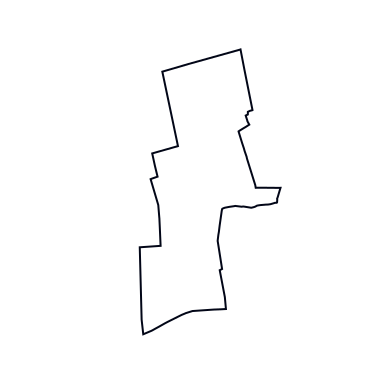 Fantanele, Teleorman, Romania, rotated 322°
{"feature_id": "2599482B79674535262636", "entity_name": "Fantanele", "entity_type": "district", "adm_level": 2, "iso_a3": "ROU", "parent_name": "Romania", "parent_adm1": "Teleorman", "projection": "natural_earth1", "projection_center": [25.305, 43.725], "detail": "fine", "context": "isolated", "style": "outline", "palette": "ink", "viewbox_px": 384, "rotation_deg": 322, "n_neighbors": 0, "source": "geoboundaries", "source_scale": "gbopen_adm2", "svg_char_len": 1546}
<svg xmlns="http://www.w3.org/2000/svg" viewBox="0 0 384 384"><g transform="rotate(322 192 192)"><path d="M308.5,128.1L318.0,109.5L317.1,109.2L268.1,89.0L242.7,78.9L209.2,147.2L184.4,137.1L179.0,148.3L174.3,158.7L169.0,156.9L167.3,156.4L157.4,181.5L150.5,192.0L150.2,192.5L145.1,199.7L134.1,215.1L116.8,203.4L73.7,261.6L66.0,274.1L72.7,275.9L74.1,276.3L75.5,276.6L78.8,277.1L83.0,277.8L89.7,278.8L92.5,279.3L96.0,280.0L103.4,281.5L108.3,282.5L111.5,283.4L112.4,283.6L119.1,286.1L126.5,291.1L136.7,298.0L142.8,302.4L146.7,305.1L153.2,295.0L165.7,270.7L168.3,271.2L181.3,247.8L182.0,246.5L182.1,246.4L182.4,246.0L186.5,241.9L188.6,240.0L193.0,235.6L203.9,225.1L204.5,224.6L205.2,224.0L205.7,223.9L207.3,224.3L208.4,224.7L212.3,226.7L216.3,229.0L217.5,229.6L217.9,230.0L220.2,232.3L222.1,234.2L223.2,234.8L223.8,235.3L229.0,240.9L231.2,241.9L232.6,242.4L233.6,242.6L234.6,242.7L235.7,243.2L237.8,244.4L242.4,247.4L244.2,248.7L246.3,249.9L249.3,251.1L250.7,251.6L251.8,252.4L252.1,252.6L252.5,252.6L252.9,252.3L253.1,252.0L253.7,251.4L254.2,250.8L254.7,250.2L254.8,249.8L256.7,248.6L258.5,247.3L264.3,243.2L260.3,240.1L259.2,239.2L256.7,237.2L252.9,234.2L246.8,229.4L244.8,227.9L246.1,225.5L246.7,223.9L255.9,199.5L256.0,199.3L256.7,197.9L257.7,195.0L258.7,192.1L259.7,189.7L261.7,184.1L265.9,173.1L266.0,172.9L267.6,173.0L272.1,173.5L274.3,173.8L278.6,174.2L279.2,170.5L279.7,169.4L280.8,166.3L280.9,166.1L281.4,164.8L283.7,165.3L285.4,163.2L287.9,163.8L289.6,164.6L290.1,164.7L308.5,128.1Z" fill="none" stroke="#020617" stroke-width="2"/></g></svg>